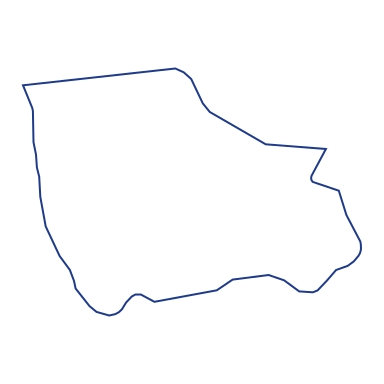 the London Borough of Merton
{"feature_id": "GBR-2073", "entity_name": "Merton", "entity_type": "London Borough", "adm_level": 1, "iso_a3": "GBR", "parent_name": "United Kingdom", "parent_adm1": "", "projection": "mercator", "projection_center": [-0.177, 51.408], "detail": "fine", "context": "isolated", "style": "outline", "palette": "blue", "viewbox_px": 384, "rotation_deg": 0, "n_neighbors": 0, "source": "natural_earth", "source_scale": "10m", "svg_char_len": 779}
<svg xmlns="http://www.w3.org/2000/svg" viewBox="0 0 384 384"><path d="M175.3,68.5L183.7,72.3L191.2,79.0L202.8,103.4L209.8,112.0L265.7,144.3L325.9,149.0L311.6,175.7L311.2,177.3L311.2,179.1L311.8,180.7L313.0,182.0L338.8,190.7L346.4,215.0L360.3,241.5L360.8,244.0L361.0,248.6L360.6,251.1L359.9,253.3L358.5,255.8L353.8,261.4L347.8,265.8L336.1,270.0L327.0,280.5L317.6,290.4L312.9,292.3L299.2,291.4L284.1,280.3L268.5,275.0L232.6,279.6L216.8,290.3L154.4,301.8L140.8,294.5L135.4,294.5L131.8,296.5L126.1,302.5L122.0,309.2L119.0,312.1L115.4,314.1L109.2,315.5L96.5,311.9L89.5,306.1L75.6,288.5L74.0,280.9L69.9,270.0L59.6,256.0L45.7,226.4L40.3,196.9L39.2,176.7L36.9,167.5L36.0,154.6L33.5,142.2L32.9,110.9L32.2,107.8L23.0,85.3L175.3,68.5Z" fill="none" stroke="#1e3a8a" stroke-width="2"/></svg>